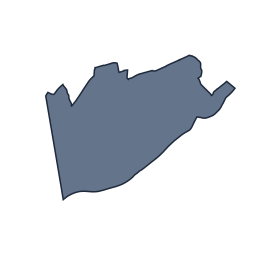 Brielle, Zuid-Holland, Netherlands (Robinson projection), rotated 109°
{"feature_id": "6326949B68429604867621", "entity_name": "Brielle", "entity_type": "district", "adm_level": 2, "iso_a3": "NLD", "parent_name": "Netherlands", "parent_adm1": "Zuid-Holland", "projection": "robinson", "projection_center": [4.167, 51.891], "detail": "fine", "context": "isolated", "style": "filled", "palette": "slate", "viewbox_px": 256, "rotation_deg": 109, "n_neighbors": 0, "source": "geoboundaries", "source_scale": "gbopen_adm2", "svg_char_len": 5088}
<svg xmlns="http://www.w3.org/2000/svg" viewBox="0 0 256 256"><g transform="rotate(109 128 128)"><path d="M216.8,165.9L215.9,165.4L214.6,164.5L213.6,163.9L211.8,162.6L211.0,161.9L210.2,161.1L209.4,160.4L208.6,159.6L207.9,158.8L207.2,158.1L206.5,157.2L205.8,156.2L204.7,154.6L204.2,153.8L203.7,152.9L203.3,152.0L202.9,151.1L202.2,149.2L201.8,148.2L201.6,147.3L200.8,144.2L200.3,142.3L200.1,141.5L199.8,140.6L199.4,139.5L198.8,137.9L198.4,137.0L197.9,136.0L197.5,135.2L196.8,134.1L196.3,133.4L195.3,131.8L190.9,125.7L187.2,120.3L186.5,119.4L185.8,118.5L185.1,117.6L183.8,116.1L182.7,114.9L181.4,113.7L180.2,112.6L179.4,112.0L178.6,111.3L177.3,110.4L176.7,109.9L175.0,108.8L173.1,107.7L170.3,106.5L168.4,105.2L167.8,104.7L167.5,104.5L164.9,103.1L162.8,101.3L160.9,100.0L151.9,94.3L150.9,93.6L147.0,91.1L144.6,89.7L143.3,89.0L140.9,87.8L140.0,87.3L132.9,84.2L130.9,83.2L129.2,82.3L126.9,81.1L124.6,79.8L118.3,75.8L117.6,75.4L116.9,74.9L115.4,73.8L114.5,73.1L113.8,72.5L110.7,69.8L110.6,69.7L110.0,69.2L109.5,68.9L109.0,68.7L108.5,68.5L108.0,68.4L107.8,68.3L107.4,68.2L106.9,68.1L105.0,67.8L102.8,67.6L95.9,66.6L95.5,66.5L95.3,66.5L95.3,66.2L95.0,66.0L94.5,63.0L94.3,62.1L94.3,61.1L94.3,60.4L93.9,59.6L93.6,58.3L93.3,57.7L91.9,55.7L90.8,54.4L89.3,52.7L88.8,52.2L88.4,51.8L87.9,51.4L86.7,50.6L85.9,50.1L81.7,48.1L81.4,48.0L81.0,47.9L81.0,47.7L80.3,47.5L80.2,47.5L78.2,46.9L76.3,46.7L72.7,46.0L71.4,45.9L67.5,45.4L64.8,43.8L63.9,43.3L62.4,42.5L60.9,41.8L59.6,41.2L58.5,40.8L57.1,40.3L56.5,40.1L55.9,39.9L55.6,39.8L51.8,49.8L52.8,50.4L52.9,50.5L53.4,50.8L53.6,50.9L53.8,50.9L54.3,51.2L54.5,51.4L54.8,51.6L55.1,51.7L55.2,51.8L56.0,52.3L56.8,52.9L57.1,53.1L58.9,54.2L59.3,54.4L59.8,54.7L60.1,54.9L60.4,55.1L60.7,55.4L61.5,55.8L61.9,56.3L62.6,56.7L63.6,57.2L64.3,57.7L64.5,57.8L64.9,58.0L65.1,58.2L65.6,58.5L66.1,58.6L66.4,58.7L66.5,58.7L66.9,58.8L67.5,58.7L67.9,58.7L68.3,58.7L68.7,58.8L69.1,59.0L69.4,59.4L69.7,59.7L70.1,59.7L70.1,59.8L69.9,60.0L69.6,60.2L69.3,60.5L69.2,60.6L69.1,60.8L68.9,61.2L65.1,69.1L64.0,71.3L62.8,73.5L62.6,73.7L61.1,74.8L60.7,75.2L60.0,75.7L59.3,76.3L58.8,76.9L58.2,77.6L58.2,77.8L58.1,78.0L57.8,77.8L57.8,77.7L57.7,77.7L56.7,76.9L55.5,76.0L55.3,75.9L55.2,75.9L54.5,76.0L53.8,76.1L52.4,76.2L51.8,76.3L51.1,76.5L49.7,77.0L49.4,77.1L49.2,77.3L49.0,77.5L48.6,78.1L48.1,78.5L47.8,78.7L47.1,79.0L46.7,79.2L45.9,79.5L45.2,79.7L44.2,80.0L43.8,80.1L43.4,80.3L43.0,80.6L42.8,80.8L42.6,81.0L42.4,81.2L42.1,81.6L41.9,81.9L41.7,82.3L41.5,82.6L41.5,82.8L40.9,84.4L40.4,85.1L40.3,85.3L40.2,85.6L40.2,85.8L39.9,86.5L39.7,86.7L39.7,86.9L39.5,87.4L39.4,87.8L39.3,88.3L39.3,89.3L39.2,89.7L39.2,90.5L39.3,92.1L39.2,92.0L39.3,92.7L39.4,93.3L39.4,93.5L39.3,93.8L40.0,94.4L41.9,96.3L42.6,97.1L43.9,98.4L44.0,98.6L44.8,99.3L45.3,100.0L45.7,100.3L46.5,101.1L46.7,101.3L46.9,101.4L46.7,101.6L47.2,102.1L47.3,102.1L47.5,102.2L47.7,102.4L47.9,102.7L48.5,103.2L50.0,104.9L51.6,106.6L53.6,108.8L54.3,109.5L54.6,109.8L56.8,112.1L57.3,112.2L58.9,114.0L59.8,114.9L60.4,115.7L61.0,116.2L62.0,117.3L64.2,119.6L64.9,120.5L65.3,121.0L66.1,123.9L65.9,124.0L70.0,130.0L73.5,135.1L73.8,135.5L76.4,138.1L79.2,140.5L81.1,143.2L82.0,143.6L81.5,144.3L81.4,144.5L81.2,145.1L80.1,145.5L76.2,146.5L74.8,146.9L74.0,147.1L73.3,147.3L74.0,148.8L74.9,150.5L75.2,150.4L77.6,153.5L77.7,153.8L78.3,154.5L77.8,155.0L77.0,155.4L76.7,155.7L76.4,155.8L75.6,156.2L74.4,156.9L72.8,157.8L72.1,158.3L71.7,158.5L70.8,159.0L70.6,159.2L70.4,159.3L70.3,159.5L70.2,159.6L70.2,159.8L70.3,160.1L70.5,161.0L70.7,161.8L70.7,162.0L70.8,162.3L70.9,162.6L71.0,162.8L71.2,163.2L71.4,163.5L71.5,163.8L71.7,164.1L72.0,164.4L72.0,164.5L72.2,164.8L72.4,164.8L72.5,165.1L72.7,165.4L73.9,167.0L75.0,168.6L75.5,169.3L76.0,170.0L76.6,170.9L76.6,171.4L78.2,173.7L79.1,175.1L79.3,175.3L79.5,175.6L80.4,176.8L80.9,177.5L81.3,178.1L81.5,178.3L81.6,178.8L82.3,178.6L82.5,178.5L83.1,178.5L83.4,178.7L83.7,178.7L86.2,178.1L87.3,177.8L88.4,177.5L89.0,177.3L89.9,177.1L90.7,177.7L91.0,177.9L91.6,178.0L91.9,178.2L92.2,178.4L93.1,178.9L93.9,179.3L95.0,179.7L95.4,179.9L96.7,180.3L106.6,182.9L108.4,183.3L110.1,183.7L111.2,184.0L113.9,184.7L115.1,185.0L115.8,185.2L116.1,185.3L117.2,185.6L117.6,185.7L118.5,185.9L120.8,186.7L121.4,186.9L121.8,187.1L122.8,187.4L123.0,187.5L123.8,187.8L125.0,188.2L126.3,188.7L125.9,188.6L125.7,188.6L124.6,189.0L123.5,189.5L123.3,189.7L122.6,190.2L122.2,190.6L121.3,191.7L121.0,192.0L120.2,192.7L119.3,193.3L118.8,193.7L118.4,193.9L118.2,194.0L117.4,194.2L117.1,194.3L116.7,194.6L116.2,194.9L116.0,195.1L115.6,195.7L114.9,196.5L114.5,196.8L113.9,197.2L112.2,198.2L111.7,198.6L111.3,199.2L111.0,199.7L109.7,201.6L109.4,202.1L109.4,202.3L109.2,202.7L109.1,202.8L108.9,203.0L108.4,203.4L108.0,203.7L108.1,203.8L108.6,204.0L109.1,204.3L109.9,204.9L110.3,205.0L110.6,205.2L111.2,205.5L111.9,205.9L112.1,206.0L113.0,206.4L113.8,206.8L114.4,207.0L115.6,207.5L116.5,207.7L117.9,208.2L118.9,208.5L119.7,208.8L120.1,209.0L120.6,209.6L120.7,210.0L120.7,210.5L120.7,210.8L120.8,211.4L120.8,211.8L120.7,212.9L120.6,213.8L120.4,215.3L122.7,215.9L124.5,216.2L191.9,179.4L216.8,165.9Z" fill="#64748b" stroke="#1e293b" stroke-width="1.5"/></g></svg>